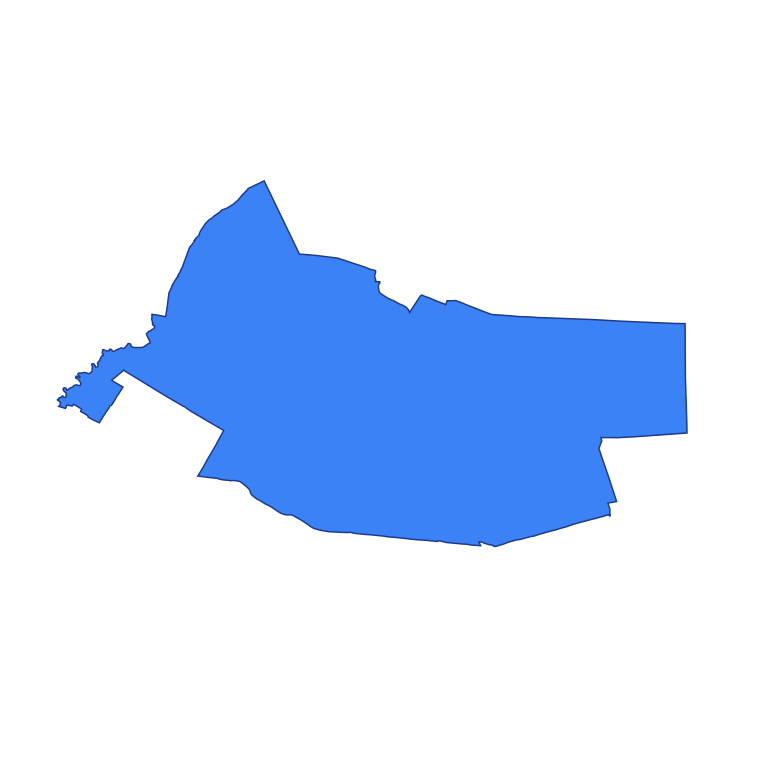 outline of Izvoarele, Olt, Romania, rotated 20°
{"feature_id": "2599482B97268462440902", "entity_name": "Izvoarele", "entity_type": "district", "adm_level": 2, "iso_a3": "ROU", "parent_name": "Romania", "parent_adm1": "Olt", "projection": "natural_earth1", "projection_center": [24.528, 44.252], "detail": "fine", "context": "isolated", "style": "filled", "palette": "blue", "viewbox_px": 768, "rotation_deg": 20, "n_neighbors": 0, "source": "geoboundaries", "source_scale": "gbopen_adm2", "svg_char_len": 6065}
<svg xmlns="http://www.w3.org/2000/svg" viewBox="0 0 768 768"><g transform="rotate(20 384 384)"><path d="M530.1,502.9L527.2,499.9L528.2,499.8L529.5,499.0L532.6,499.3L534.9,499.2L537.6,499.0L540.4,498.4L542.3,498.8L543.4,498.8L544.6,498.4L552.0,492.8L554.0,490.9L555.8,489.5L560.8,485.9L562.7,484.6L563.1,484.6L565.0,483.5L568.6,481.1L569.6,480.2L574.8,476.7L576.0,476.2L578.0,474.8L581.6,471.9L584.3,470.0L590.1,465.8L595.7,462.0L597.9,460.2L603.8,456.1L609.6,451.3L618.0,445.3L628.9,437.8L629.0,437.9L632.2,435.4L634.2,434.2L639.6,430.0L641.1,430.8L641.6,430.4L641.2,429.3L640.8,428.7L640.4,428.2L639.1,424.5L638.4,423.4L636.5,421.1L635.2,419.3L642.8,414.9L640.5,411.9L636.0,406.2L627.4,395.2L615.2,380.2L608.2,371.3L607.9,370.9L608.1,368.7L607.9,367.7L608.1,363.8L608.1,363.1L607.8,362.6L606.3,360.1L622.7,354.2L631.0,350.6L634.1,349.4L685.5,326.4L680.4,313.3L665.6,276.4L658.8,258.2L646.3,224.3L645.2,224.6L642.9,225.5L639.7,226.5L636.6,227.7L634.1,228.4L616.3,234.1L583.9,244.3L558.3,252.0L516.0,265.6L506.3,268.8L498.1,271.1L487.4,274.6L480.1,276.5L461.9,281.7L460.9,281.9L452.8,281.8L437.7,281.4L433.6,281.4L431.1,281.1L422.6,281.1L418.7,282.8L414.8,284.2L414.9,288.2L403.5,288.0L397.2,287.6L392.2,287.7L389.0,287.5L388.6,288.0L388.1,288.9L387.6,290.7L383.6,308.1L382.1,306.3L380.9,305.5L378.9,304.4L378.3,304.2L374.7,303.6L371.0,303.5L364.3,302.4L362.1,302.5L359.8,302.1L357.9,302.0L350.8,300.4L348.9,299.7L348.2,299.2L347.3,298.1L346.1,295.9L345.1,293.5L345.0,292.0L345.3,291.1L345.5,290.0L345.0,289.4L343.9,289.8L340.8,290.7L340.8,289.2L340.3,288.7L338.4,286.1L338.1,284.7L337.9,282.0L337.2,280.3L333.9,280.7L332.0,280.9L326.3,280.7L297.3,281.6L277.6,286.1L263.6,289.8L260.2,291.0L201.9,234.1L189.7,246.5L188.5,249.7L186.2,254.8L184.1,260.7L181.7,265.3L180.4,267.3L177.0,271.6L175.9,272.8L172.2,276.0L171.7,276.8L170.7,278.9L169.7,280.4L166.8,284.4L165.4,287.2L163.2,290.0L162.3,292.1L161.8,293.6L161.5,293.7L159.2,303.0L159.1,305.4L159.2,307.6L159.0,308.3L157.5,311.2L157.3,311.9L156.9,313.3L156.6,314.1L157.1,314.2L156.7,315.5L156.2,317.7L155.5,319.8L154.7,321.6L154.6,322.8L154.5,326.5L154.6,333.6L154.5,337.6L154.6,341.5L154.2,345.5L154.0,349.1L153.3,351.5L153.3,353.6L153.7,353.6L153.5,354.0L153.2,354.2L152.4,357.5L152.0,359.1L151.6,361.6L151.3,363.0L151.2,364.4L151.2,366.3L150.8,372.0L154.1,386.8L155.3,392.8L155.5,394.0L155.5,395.5L147.1,396.8L142.2,397.9L142.2,398.6L143.0,399.8L143.3,401.9L143.6,402.5L145.0,404.8L146.0,405.7L145.8,406.2L145.8,406.6L145.9,406.9L147.0,407.8L147.8,407.7L148.3,407.8L148.8,408.2L148.9,408.5L148.8,409.4L148.9,410.5L148.7,411.0L147.4,412.2L146.7,413.6L146.3,414.0L145.5,414.4L145.0,414.8L144.4,416.1L143.9,417.3L143.6,418.0L144.1,419.0L149.7,424.3L150.3,425.1L150.1,425.6L148.9,426.5L145.7,431.1L144.6,432.1L143.5,432.7L138.1,434.7L136.3,435.2L134.8,435.3L133.9,435.2L133.5,434.9L132.7,433.8L132.3,433.3L131.9,433.1L131.3,433.1L129.9,433.4L129.7,433.7L128.5,437.6L128.2,438.4L127.7,439.1L126.7,439.8L125.0,439.9L124.4,440.1L124.0,440.6L120.5,443.9L119.3,445.4L118.7,445.8L118.0,446.1L117.6,446.0L116.3,445.0L115.7,444.8L115.1,444.8L114.5,445.0L114.2,445.4L114.2,445.9L114.3,446.4L114.1,447.0L113.5,447.3L112.5,447.7L109.5,447.8L108.8,447.7L108.3,447.8L108.0,448.1L108.1,448.7L108.3,449.2L108.4,450.2L108.8,451.6L109.3,451.9L110.3,452.1L110.4,452.3L110.3,453.0L110.1,453.4L109.2,454.2L108.8,456.6L108.7,457.8L108.9,459.0L108.5,459.9L108.0,460.9L107.6,462.0L107.7,462.6L108.9,464.0L109.0,464.6L109.1,465.2L108.4,466.3L107.6,466.6L106.9,466.6L106.5,465.7L104.4,464.4L103.9,464.3L103.3,464.5L102.6,465.2L102.5,465.5L102.7,465.8L103.5,466.7L104.0,467.4L104.2,467.9L104.6,469.8L105.3,471.8L104.6,473.3L103.6,474.8L103.2,475.3L102.7,475.5L100.4,475.3L98.4,475.7L97.4,476.2L96.6,476.8L94.8,477.6L93.0,478.5L92.9,478.9L93.0,479.5L93.4,480.0L94.0,480.3L94.8,480.6L95.5,481.1L95.9,481.4L96.0,481.8L95.8,482.1L95.4,482.2L94.7,482.1L92.8,481.7L92.3,481.7L92.0,482.0L91.9,482.5L91.9,483.1L92.1,483.6L92.3,483.8L93.0,483.9L93.6,483.8L94.6,484.1L96.4,485.0L97.6,485.8L98.9,487.1L99.1,487.6L99.1,488.1L99.0,488.9L98.8,489.3L98.3,489.6L97.5,489.8L95.3,490.0L93.6,491.1L93.1,491.7L92.5,493.2L90.0,495.5L89.2,497.4L88.7,497.7L88.4,498.2L88.1,498.3L87.8,498.1L87.5,497.4L86.7,496.8L85.5,496.8L84.8,496.9L84.6,497.2L84.3,497.5L84.2,498.0L84.3,499.0L86.0,500.4L87.7,500.9L88.4,501.4L89.2,502.4L89.1,503.6L89.4,505.2L89.3,505.5L89.1,505.6L88.0,505.9L87.6,505.9L86.4,505.1L86.2,505.2L85.2,506.2L85.0,507.1L84.7,507.4L83.6,508.0L83.4,508.3L83.4,508.6L83.4,509.3L83.4,509.6L82.9,510.2L82.6,510.2L82.5,510.5L82.7,510.8L84.5,511.2L86.2,512.0L86.3,512.3L86.3,513.0L86.8,514.8L86.0,516.3L93.1,515.9L93.1,513.5L93.1,512.9L93.2,512.5L94.6,512.0L97.3,511.6L98.2,511.4L98.7,511.2L99.0,510.7L99.1,509.2L100.7,509.4L108.2,510.9L108.5,511.2L108.3,512.4L108.3,513.3L108.4,513.6L116.5,515.0L116.8,515.4L117.2,516.3L122.4,517.2L129.8,517.8L130.3,514.8L131.4,509.8L132.7,504.4L133.3,502.6L133.8,500.2L133.8,498.5L135.0,497.4L135.4,496.5L136.4,491.9L137.1,487.2L137.9,484.7L139.7,476.1L129.2,474.2L126.8,473.6L133.8,461.7L134.4,460.1L174.9,468.3L187.7,470.8L203.2,473.6L204.5,473.5L206.2,474.2L212.6,475.8L249.3,482.5L247.6,493.4L247.0,498.2L246.0,503.8L244.5,511.7L243.5,517.6L242.6,523.6L241.2,530.9L240.5,534.2L252.8,531.4L259.4,529.7L261.4,529.8L262.8,529.4L264.2,529.4L266.4,528.9L271.4,527.6L272.3,527.6L274.7,526.5L277.5,525.6L281.9,524.9L283.3,525.3L288.8,527.1L292.7,528.7L293.7,529.4L294.3,529.9L296.0,532.2L296.9,533.1L298.2,533.7L300.7,534.6L304.9,535.8L306.0,535.8L307.9,536.1L313.5,537.3L318.0,537.7L322.7,538.7L327.9,540.1L331.3,540.7L335.8,540.6L338.3,540.0L341.4,538.7L344.0,538.7L351.6,540.0L356.2,541.0L363.8,543.0L366.1,543.5L368.0,543.7L373.9,543.2L379.3,542.3L383.6,541.4L389.3,539.6L396.2,537.5L401.2,535.8L402.4,535.1L403.6,534.8L404.1,534.7L405.6,534.7L409.1,534.0L418.9,531.5L421.4,530.7L429.9,528.5L435.5,527.1L439.7,526.3L448.9,523.8L467.8,519.2L476.5,516.6L487.4,513.9L488.6,513.3L489.6,512.5L490.2,512.3L496.8,511.6L511.8,507.7L516.2,506.4L521.3,505.4L530.1,502.9Z" fill="#3b82f6" stroke="#1e3a8a" stroke-width="1.5"/></g></svg>